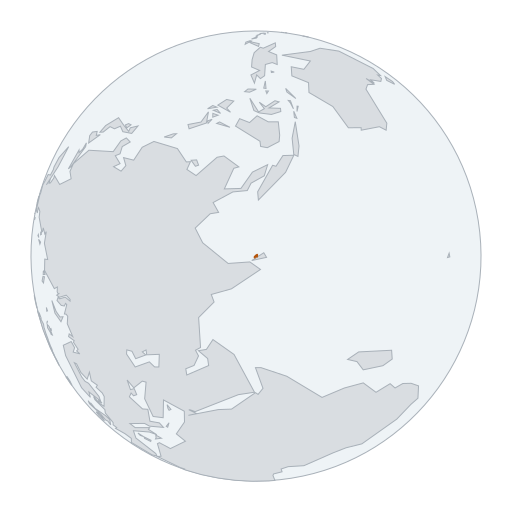 globe centered on Trikuṇāmalaya, rotated 261°
{"feature_id": "LKA-2454", "entity_name": "Trikuṇāmalaya", "entity_type": "District", "adm_level": 1, "iso_a3": "LKA", "parent_name": "Sri Lanka", "parent_adm1": "", "projection": "orthographic", "projection_center": [81.128, 8.569], "detail": "fine", "context": "on_globe", "style": "filled", "palette": "amber", "viewbox_px": 512, "rotation_deg": 261, "n_neighbors": 0, "source": "natural_earth", "source_scale": "10m", "svg_char_len": 9044}
<svg xmlns="http://www.w3.org/2000/svg" viewBox="0 0 512 512"><g transform="rotate(261 256 256)"><circle cx="256" cy="256" r="225" fill="#eef3f6" stroke="#a8b0b8"/><path d="M333.1,44.3L332.3,44.0L333.1,44.3ZM351.5,51.9L351.1,51.8L351.5,51.9ZM349.2,50.9L345.8,49.9L350.1,52.0L335.9,46.2L343.5,48.6L342.7,48.1L345.9,49.5L349.2,50.9ZM328.6,43.6L326.4,43.0L326.9,42.9L328.6,43.6ZM55.9,152.4L73.4,127.2L73.1,130.9L86.1,129.3L86.7,131.4L79.2,141.3L84.1,157.3L92.8,149.5L103.2,159.4L113.9,160.9L128.3,142.1L110.8,139.0L113.6,129.3L132.4,123.7L148.6,127.7L150.2,124.1L144.9,114.7L153.7,109.3L143.7,111.1L144.0,115.0L137.7,116.5L137.1,113.2L140.2,111.2L136.7,108.9L122.7,120.0L121.5,125.2L109.4,125.4L106.3,134.4L101.2,137.8L104.6,124.2L108.1,119.7L110.2,105.3L105.4,109.8L103.1,124.1L101.6,122.6L95.0,130.1L98.8,123.2L102.6,107.6L95.0,108.9L76.6,126.1L74.0,126.9L75.8,122.3L91.3,103.8L95.4,104.3L101.0,98.8L107.7,90.3L108.3,91.6L111.6,88.5L113.9,88.8L124.5,82.6L127.9,82.7L139.3,74.4L142.6,73.6L134.9,78.5L131.4,82.4L140.9,84.1L144.8,82.7L151.4,77.5L153.2,79.1L158.4,73.8L167.3,73.3L160.8,70.0L168.4,64.8L177.6,61.9L179.0,59.9L163.9,64.9L158.9,67.6L156.5,70.7L141.9,78.9L137.1,79.8L147.9,69.7L142.3,70.3L153.2,63.1L187.4,52.4L198.0,51.7L200.4,60.1L193.8,62.5L189.7,60.4L186.9,66.7L190.3,64.0L191.7,65.7L199.4,62.2L200.8,63.2L205.7,58.3L208.3,59.3L205.1,62.4L218.6,59.0L225.9,60.6L228.2,59.4L228.7,57.7L237.6,61.5L239.0,60.5L236.6,58.8L237.7,55.9L243.2,52.5L246.0,54.0L244.4,55.4L245.2,61.1L240.5,65.3L242.2,65.6L247.0,62.4L246.0,55.4L248.5,53.0L249.9,56.0L249.6,54.7L251.7,54.0L256.5,55.0L255.3,51.7L274.9,44.9L286.0,46.9L285.1,49.7L301.7,49.0L312.9,52.7L310.7,50.9L317.1,50.3L313.7,49.0L313.1,48.2L328.2,47.9L333.9,49.5L337.8,48.8L336.7,48.1L332.7,46.7L335.9,46.2L350.1,52.0L352.0,53.2L359.7,56.6L362.9,59.2L369.0,63.5L368.1,65.6L373.1,69.4L375.5,70.4L384.1,76.9L393.3,88.1L375.1,74.5L359.1,60.1L364.7,65.2L360.3,63.0L360.3,64.3L364.6,68.5L367.0,69.5L357.4,73.3L361.2,85.5L368.7,85.5L375.8,90.1L386.6,107.5L381.4,131.3L390.8,140.5L392.9,146.4L388.3,149.6L385.0,141.0L378.2,137.7L377.1,132.7L368.5,136.2L366.5,129.3L360.9,136.0L365.6,141.6L373.9,140.6L369.8,150.2L381.2,160.6L385.1,173.1L374.4,195.2L359.8,201.9L359.4,206.0L352.3,201.3L344.8,209.4L359.6,233.0L359.8,240.0L346.7,253.0L346.1,247.8L327.2,235.2L325.1,251.7L339.4,265.6L344.4,281.8L333.9,276.7L328.7,262.5L322.0,257.6L322.9,243.2L315.5,222.0L304.9,225.9L304.9,217.4L293.1,200.3L277.4,205.4L253.0,227.3L251.1,249.0L242.0,258.3L227.4,226.6L225.0,205.8L217.1,207.4L204.2,189.7L174.3,186.9L172.4,181.5L166.3,183.6L157.6,177.7L155.6,169.0L149.3,169.0L155.2,192.1L162.3,192.2L171.5,184.3L171.5,192.4L180.2,200.4L162.2,218.9L121.7,233.2L121.8,216.9L111.8,171.6L114.3,167.1L114.5,166.5L114.6,165.6L109.6,172.8L109.2,164.3L110.2,194.8L108.6,207.9L121.1,234.1L119.0,236.4L124.2,242.2L145.8,238.0L145.0,243.4L132.4,267.6L106.0,299.1L111.8,322.6L113.9,342.1L102.6,353.2L108.9,368.5L103.9,372.7L107.1,381.1L106.0,389.3L102.3,396.2L90.2,393.7L85.3,385.9L72.9,369.6L53.9,331.2L52.5,315.0L49.6,301.7L41.4,270.5L42.9,254.8L41.7,247.5L38.8,248.0L38.0,239.3L36.6,238.4L31.4,239.6L31.8,234.1L34.1,217.1L37.7,200.4L42.6,183.9L48.6,167.9L55.9,152.4ZM58.7,148.6L56.5,152.7L58.7,148.6ZM161.6,142.7L174.0,145.1L175.5,132.6L180.4,132.7L179.1,128.7L175.5,131.7L173.4,121.1L181.3,118.6L183.5,113.7L179.4,112.8L165.3,119.3L168.1,134.1L162.3,138.5L161.6,142.7ZM127.2,73.7L125.6,75.6L121.1,78.7L116.8,80.5L123.2,75.8L127.2,73.7ZM124.2,77.9L136.2,68.4L139.4,67.6L135.6,69.5L136.4,69.9L130.6,73.3L121.9,82.4L117.4,85.9L111.9,86.1L116.2,83.8L117.6,81.8L124.2,77.9ZM161.1,51.9L166.3,49.4L166.4,50.5L161.6,52.7L156.9,54.1L160.0,52.3L161.1,51.9ZM235.7,31.6L236.2,31.6L236.5,31.7L229.5,32.8L233.2,32.4L233.6,33.0L228.1,34.1L227.9,33.5L221.9,35.5L218.3,35.4L217.8,35.6L212.8,36.3L206.0,37.7L205.2,37.6L202.9,38.2L199.5,38.9L196.0,39.9L193.4,40.2L189.0,41.5L190.2,40.9L183.3,43.3L187.3,41.8L183.3,43.0L181.5,43.8L178.7,44.4L197.3,38.5L216.4,34.2L235.7,31.6ZM248.6,30.8L252.0,30.8L244.3,31.2L238.6,31.6L239.8,31.3L248.6,30.8ZM91.0,128.1L92.2,128.9L94.8,129.0L90.8,134.1L91.0,128.1ZM93.3,117.4L94.9,117.1L90.4,123.5L89.3,123.0L93.3,117.4ZM99.6,111.7L95.3,116.6L96.9,113.6L99.6,111.7ZM136.8,78.2L138.9,77.9L137.7,79.1L134.7,80.9L136.8,78.2ZM209.8,42.5L210.6,41.4L212.1,41.2L217.8,38.9L221.0,39.1L218.8,40.6L209.8,42.5ZM123.1,144.9L117.8,148.0L117.2,146.0L119.1,145.2L123.1,144.9ZM101.8,140.7L104.9,144.0L100.7,142.0L101.8,140.7ZM214.2,42.4L216.2,41.3L216.5,42.1L214.2,42.4ZM223.6,39.3L224.6,40.0L222.0,38.9L223.6,39.3ZM224.5,444.9L228.6,447.2L224.8,447.3L224.5,444.9ZM145.2,342.4L141.7,375.2L132.9,374.4L127.8,364.2L126.8,344.1L135.9,339.2L139.5,330.3L145.2,342.4ZM392.3,319.1L397.6,320.0L397.3,321.1L392.3,319.1ZM386.8,315.6L393.1,315.9L385.6,317.9L386.8,315.6ZM395.5,316.0L401.8,313.9L404.6,312.2L404.0,314.3L395.5,316.0ZM382.5,315.8L357.9,315.7L347.8,313.0L350.4,309.2L366.7,310.1L382.5,315.8ZM349.6,309.1L334.0,298.3L310.9,267.1L319.2,267.7L343.0,286.6L341.5,289.8L351.0,298.3L349.6,309.1ZM386.6,289.1L385.0,299.0L371.6,298.3L365.4,296.7L361.2,284.1L363.5,277.7L368.7,277.9L387.5,256.1L394.2,261.3L388.8,270.5L394.3,279.0L386.6,289.1ZM252.2,251.1L258.0,264.2L253.0,266.2L252.2,251.1ZM394.1,241.0L387.2,250.4L393.1,237.9L394.1,241.0ZM397.0,229.3L397.9,234.0L394.5,229.4L397.0,229.3ZM360.2,212.4L354.7,213.5L354.1,210.2L360.7,206.9L360.2,212.4ZM387.9,183.9L389.6,193.4L389.2,196.6L385.9,190.9L387.9,183.9ZM244.0,47.4L232.5,49.9L226.4,52.9L226.2,55.9L221.6,53.1L231.0,48.5L244.0,47.4ZM270.8,44.8L270.9,42.9L274.1,43.5L274.5,44.1L270.8,44.8ZM268.6,43.8L262.6,41.9L264.8,40.8L269.1,42.4L268.6,43.8ZM238.0,40.9L234.4,41.5L234.2,40.7L238.0,40.9ZM403.9,419.8L409.0,412.6L413.0,411.6L406.9,418.2L403.9,419.8ZM403.6,390.7L366.7,406.0L359.9,404.2L364.4,398.1L363.8,379.6L366.3,379.9L368.2,367.3L391.6,355.3L409.2,333.9L419.0,335.0L428.3,319.6L437.4,320.4L432.9,332.5L440.1,340.2L450.3,313.0L449.5,341.7L451.2,351.7L445.4,369.9L422.9,401.0L414.8,407.2L415.7,404.5L411.7,407.7L408.9,406.6L412.1,396.9L408.0,400.0L414.1,392.5L407.1,399.3L407.8,393.0L403.6,390.7ZM465.9,336.5L465.9,337.2L464.1,342.2L464.3,341.4L465.9,336.5ZM472.2,319.2L471.7,321.0L471.5,321.7L472.2,319.2ZM472.3,318.6L473.1,315.7L472.3,318.6L472.3,318.6ZM474.3,303.2L474.8,301.7L474.7,302.8L474.3,303.2ZM405.3,320.0L413.1,312.2L416.9,311.5L405.3,320.0ZM474.4,300.1L473.6,299.9L473.9,298.3L474.4,300.1ZM474.9,296.5L475.1,294.3L474.9,299.4L474.9,296.5ZM473.9,291.7L474.5,295.5L473.7,292.2L473.9,291.7ZM473.2,292.3L472.5,290.7L472.6,290.0L473.2,292.3ZM460.1,295.7L463.5,308.4L459.8,308.2L456.0,300.4L451.4,307.9L441.8,306.9L444.5,302.3L443.7,295.2L432.7,292.7L430.5,288.1L434.8,285.0L427.0,281.5L435.6,279.3L438.7,288.6L443.4,281.2L450.6,282.9L457.1,286.0L461.5,292.9L460.1,295.7ZM434.8,299.9L436.3,299.9L434.8,302.8L434.8,299.9ZM471.0,285.5L472.1,290.1L471.8,291.2L471.2,290.5L471.0,285.5ZM462.6,291.3L467.7,283.4L468.7,283.5L465.2,292.4L462.6,291.3ZM466.8,278.4L468.8,279.4L469.6,283.8L469.1,285.0L466.8,278.4ZM417.5,291.5L417.0,294.1L414.7,292.1L417.5,291.5ZM420.6,289.9L427.4,292.6L419.9,292.1L420.6,289.9ZM397.9,281.1L400.2,287.3L407.4,283.3L401.9,289.0L406.4,299.0L404.6,302.9L400.2,292.0L398.0,303.3L394.8,303.1L393.4,293.4L396.8,281.6L400.0,276.7L412.8,274.6L397.9,281.1ZM420.7,282.4L418.8,275.3L420.1,270.5L422.2,274.2L420.7,282.4ZM412.5,258.3L406.7,250.2L402.0,253.3L411.0,241.9L415.2,251.5L412.5,258.3ZM406.8,240.5L402.4,243.3L406.6,236.7L406.8,240.5ZM401.0,240.6L399.9,235.0L403.6,235.7L401.0,240.6ZM409.1,240.7L409.0,231.2L411.4,236.8L409.1,240.7ZM396.9,222.6L405.8,231.6L395.1,227.8L392.1,209.8L396.5,209.4L396.9,222.6ZM405.1,153.1L402.7,148.4L405.9,147.5L406.7,150.9L405.1,153.1ZM414.1,141.9L405.9,145.8L399.0,149.8L402.3,151.9L402.9,159.8L396.5,152.4L399.6,143.9L405.4,142.4L403.8,136.1L406.6,132.1L402.3,124.4L402.7,121.2L408.4,128.0L414.1,141.9ZM400.2,121.2L393.8,108.4L400.9,110.6L404.0,113.9L403.9,118.6L400.1,117.1L400.2,121.2ZM394.3,106.2L390.6,104.8L373.2,87.2L371.4,84.3L388.4,97.8L385.7,97.4L388.7,101.6L394.3,106.2ZM328.3,43.8L326.6,43.1L329.1,43.9L328.3,43.8ZM311.1,47.5L310.7,46.6L313.7,47.2L311.1,47.5ZM311.3,44.4L308.2,44.3L310.4,43.8L311.3,44.4ZM301.5,44.4L306.5,43.9L303.4,45.4L301.5,44.4Z" fill="#d9dde1" stroke="#a8b0b8" stroke-width="1"/><path d="M255.2,254.4L255.3,254.4L255.2,254.4L255.2,254.5L255.3,254.6L255.4,254.4L255.6,254.6L255.7,254.8L255.8,254.8L255.9,255.1L256.0,255.1L256.1,255.3L256.2,255.5L256.2,255.4L256.3,255.5L256.4,255.8L256.5,256.0L256.4,256.1L256.2,256.2L256.0,256.3L256.2,256.2L256.2,256.3L256.3,256.3L256.6,256.4L256.7,256.2L256.8,256.2L256.9,256.3L257.0,256.5L257.0,256.8L256.9,256.7L256.9,256.8L257.0,256.9L257.1,257.1L256.8,257.2L256.7,257.2L256.6,257.3L256.5,257.5L256.4,257.5L256.3,257.4L256.2,257.3L256.0,257.2L255.7,257.2L255.4,257.1L255.3,256.9L255.2,256.9L255.3,256.6L255.4,256.4L255.5,256.4L255.4,256.3L255.3,256.2L255.2,256.0L255.2,255.9L255.1,255.7L255.1,255.3L255.1,255.1L255.2,254.9L254.9,254.7L254.7,254.6L254.9,254.5L255.0,254.4L255.2,254.4Z" fill="#f59e0b" stroke="#b45309" stroke-width="1.5"/></g></svg>